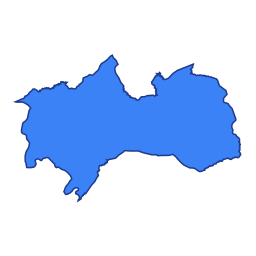 the district of Kut Bak, Sakon Nakhon, Thailand
{"feature_id": "78962969B73602858262126", "entity_name": "Kut Bak", "entity_type": "district", "adm_level": 2, "iso_a3": "THA", "parent_name": "Thailand", "parent_adm1": "Sakon Nakhon", "projection": "orthographic", "projection_center": [103.812, 17.077], "detail": "fine", "context": "isolated", "style": "filled", "palette": "blue", "viewbox_px": 256, "rotation_deg": 0, "n_neighbors": 0, "source": "geoboundaries", "source_scale": "gbopen_adm2", "svg_char_len": 5657}
<svg xmlns="http://www.w3.org/2000/svg" viewBox="0 0 256 256"><path d="M78.1,200.8L81.0,198.9L81.3,196.9L82.2,196.3L82.4,195.6L83.2,195.5L83.0,195.0L83.3,194.5L84.6,194.1L84.6,193.3L85.7,193.6L91.7,184.9L94.8,181.6L96.8,177.7L98.4,175.6L98.4,175.1L97.7,174.0L97.8,172.9L97.3,171.9L97.5,171.6L99.1,171.0L99.5,169.8L98.9,169.1L98.8,167.9L99.4,165.8L100.4,165.4L101.0,165.8L101.4,165.2L101.8,165.3L102.5,164.9L102.8,165.2L104.1,164.3L104.2,164.7L104.6,164.7L104.8,163.7L105.2,163.6L105.2,163.2L105.8,163.5L106.3,162.8L107.3,162.4L107.3,161.9L106.8,161.7L107.7,160.3L107.3,159.9L108.3,160.1L109.0,159.5L115.5,158.2L119.1,154.8L122.7,152.5L124.8,150.6L130.2,151.0L138.4,151.0L143.5,152.8L152.0,154.8L156.4,154.7L156.7,155.1L158.5,155.8L159.8,155.5L168.7,155.4L173.0,154.4L176.2,157.1L177.7,159.1L181.2,162.7L184.0,165.1L189.8,167.9L192.9,168.0L194.9,168.5L198.4,171.0L199.9,171.6L202.4,171.0L203.2,170.4L204.5,170.3L204.4,170.0L205.1,169.2L204.9,168.7L205.8,168.1L206.3,168.2L208.1,167.5L208.1,167.1L210.1,165.7L210.4,165.7L210.4,166.0L210.8,165.7L211.5,166.0L213.2,165.4L213.3,164.5L214.5,163.9L216.0,163.9L216.4,162.9L217.5,162.2L218.3,162.1L218.9,161.4L219.7,161.6L220.3,161.3L220.2,160.9L221.0,160.8L221.6,161.3L222.5,161.0L223.0,159.7L223.7,159.3L225.7,158.9L227.6,158.0L229.6,159.1L231.2,159.4L234.1,157.4L234.4,157.7L235.0,157.3L236.5,157.3L237.6,157.7L238.7,157.4L239.6,156.3L239.9,155.3L240.6,154.9L240.4,153.2L239.6,152.5L238.9,150.8L239.2,150.4L239.7,150.4L239.9,149.8L239.7,148.5L240.0,147.4L239.4,146.3L240.0,145.5L239.7,144.6L240.2,144.4L239.6,143.2L239.7,142.8L238.8,142.1L238.9,141.6L239.5,141.5L239.5,139.0L238.4,137.5L236.9,136.6L235.7,134.6L233.5,134.1L232.8,133.3L232.5,132.2L232.9,129.9L232.1,128.2L231.7,126.5L232.4,123.5L235.8,120.2L235.8,119.0L232.1,108.6L229.5,105.8L228.0,103.6L224.3,102.4L223.7,102.0L223.5,101.2L223.6,98.2L227.0,94.3L225.9,90.5L219.4,85.7L217.5,80.2L216.2,78.8L212.4,77.6L211.4,77.0L209.5,77.0L208.2,76.1L206.6,76.5L206.0,75.8L205.2,76.3L204.2,75.3L202.8,75.9L202.1,75.3L200.7,75.1L199.8,75.1L199.7,75.3L199.2,75.1L198.6,75.4L197.4,75.1L196.3,75.6L194.6,74.2L193.7,74.6L192.9,74.3L192.1,73.3L190.7,73.8L191.1,72.3L191.8,71.9L191.6,71.2L191.7,70.3L190.7,69.7L190.7,69.1L192.7,67.5L192.4,65.5L193.3,64.9L193.4,64.1L177.4,70.4L173.1,73.4L168.5,78.2L165.1,79.6L162.8,78.9L162.9,78.4L163.3,78.1L162.8,77.8L162.7,77.2L162.3,77.1L161.9,76.2L161.5,76.7L161.4,76.2L160.9,76.5L160.2,76.2L160.7,75.9L159.7,74.9L160.3,74.4L160.0,73.6L160.4,73.3L159.9,73.0L159.8,73.3L159.2,73.5L159.2,72.9L158.5,73.6L157.0,73.6L157.5,74.0L157.7,74.8L157.4,74.7L157.5,75.0L157.1,74.8L157.1,75.5L156.3,75.4L156.1,76.0L155.5,76.1L155.4,77.0L154.7,77.2L153.5,79.7L153.0,80.0L152.8,80.8L151.7,81.8L151.7,82.3L152.0,84.0L152.8,84.4L153.3,85.2L154.6,85.6L154.8,86.3L154.6,86.7L155.0,87.0L155.1,87.6L154.8,87.8L155.1,87.9L155.2,88.5L156.2,88.9L156.0,89.3L155.7,89.2L156.1,89.9L155.8,90.5L156.2,90.9L155.7,91.2L156.2,91.9L155.8,92.5L156.0,93.4L156.3,93.4L156.5,94.7L157.3,95.0L157.7,94.8L157.2,95.3L155.7,94.8L155.2,95.9L154.6,96.2L153.4,95.3L151.3,95.3L149.8,95.7L149.2,95.4L147.6,95.6L144.9,96.6L141.3,96.9L140.5,97.5L139.4,99.4L138.6,99.6L138.0,100.2L137.1,100.2L136.6,99.6L136.1,99.8L135.6,98.5L135.0,98.2L133.6,98.6L132.8,97.8L131.9,97.9L131.6,97.3L130.2,97.5L129.8,97.1L130.1,96.9L129.9,96.2L130.2,96.2L130.0,95.8L128.4,95.2L128.0,94.2L127.3,94.4L127.6,93.9L127.2,93.3L127.4,93.1L126.2,92.1L125.5,92.0L125.3,91.3L124.3,91.5L124.4,91.3L124.1,91.2L124.1,90.8L123.4,90.2L123.4,89.7L123.6,89.6L123.7,89.9L123.7,89.3L124.1,89.1L123.8,88.2L123.4,88.4L123.2,88.0L123.8,86.1L120.6,82.1L119.1,78.4L115.7,73.2L114.9,70.0L114.9,68.2L115.3,67.1L116.2,65.9L118.0,64.3L117.1,62.8L116.5,61.0L114.9,59.1L113.5,58.0L112.3,55.2L110.5,56.2L107.6,59.4L104.9,61.5L101.5,63.6L100.0,65.9L98.6,69.6L92.7,75.2L92.3,75.3L89.5,74.6L87.6,76.2L83.3,77.9L82.9,79.7L83.1,80.6L82.3,82.1L79.9,84.4L79.3,84.3L78.5,86.0L77.1,86.4L76.3,88.0L75.1,88.8L74.2,89.0L71.7,88.2L71.0,88.3L70.7,88.8L68.6,88.5L67.3,86.3L65.7,85.2L65.3,84.5L65.4,83.7L66.0,83.6L66.7,82.8L66.2,82.9L66.4,82.4L65.8,82.5L65.5,82.1L65.1,82.6L65.0,82.3L63.5,82.7L63.1,82.3L63.1,81.9L61.4,81.8L61.6,82.2L61.0,82.2L60.7,82.8L60.6,83.9L59.7,83.7L59.5,84.1L58.8,83.9L58.6,84.6L58.3,84.2L58.2,84.8L57.1,84.6L56.0,85.0L55.7,85.7L55.3,85.4L54.5,85.4L54.5,86.0L54.2,85.7L53.6,86.8L53.8,86.9L53.5,87.3L53.4,88.0L53.1,87.7L52.6,87.7L52.6,88.1L52.2,88.0L52.0,88.4L50.3,88.7L50.3,89.1L49.5,88.9L49.2,88.4L48.8,88.5L48.7,88.1L48.5,88.3L47.6,87.9L46.8,87.9L46.7,88.3L46.5,88.0L46.1,88.5L45.3,88.0L45.3,88.4L43.9,88.8L42.4,88.5L41.9,89.5L41.4,89.5L40.6,90.5L40.3,90.6L40.2,91.1L39.6,90.6L39.3,91.5L38.5,91.9L37.1,90.5L35.4,89.4L34.6,89.0L33.1,89.0L31.2,91.2L29.6,92.4L28.8,93.4L28.7,94.2L27.4,95.0L27.0,95.6L25.0,96.2L24.0,98.2L22.7,98.9L21.3,99.1L20.3,99.8L15.4,101.8L16.6,102.1L22.2,102.1L24.3,102.7L28.3,105.2L30.7,108.1L29.1,110.4L27.6,117.7L27.1,119.0L25.8,120.7L23.4,122.5L22.8,123.3L21.5,130.0L21.5,132.0L22.4,133.4L25.8,134.8L26.4,135.5L26.7,138.9L28.9,141.8L29.5,143.4L28.8,147.1L26.3,151.5L25.2,155.5L25.2,161.4L25.9,162.8L26.7,167.5L30.4,167.7L33.5,167.2L34.7,166.6L36.1,164.1L35.1,160.6L35.4,160.0L36.7,159.1L38.3,158.9L41.1,160.6L41.6,160.4L42.9,158.6L46.9,157.5L48.4,157.8L54.5,164.1L55.3,166.8L56.6,167.6L57.6,167.2L58.8,167.3L61.6,169.3L64.7,170.3L67.7,172.6L70.3,175.5L71.6,178.2L71.6,179.2L70.2,180.5L68.4,183.5L65.6,187.0L63.9,191.7L65.5,194.2L66.1,194.5L67.2,194.3L70.1,192.9L72.1,191.1L73.5,189.0L75.4,187.9L76.9,187.7L78.1,188.3L78.6,189.1L78.3,190.1L77.5,190.8L76.0,191.5L75.6,192.8L75.8,193.8L77.9,194.6L79.3,196.4L79.5,198.5L78.5,199.5L78.1,200.8Z" fill="#3b82f6" stroke="#1e3a8a" stroke-width="1.5"/></svg>